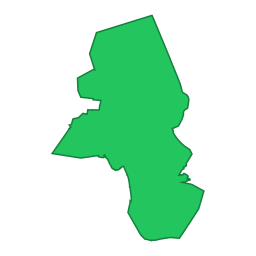 outline of Wierden, Overijssel, Netherlands
{"feature_id": "6326949B51321432196028", "entity_name": "Wierden", "entity_type": "district", "adm_level": 2, "iso_a3": "NLD", "parent_name": "Netherlands", "parent_adm1": "Overijssel", "projection": "albers", "projection_center": [6.562, 52.343], "detail": "fine", "context": "isolated", "style": "filled", "palette": "green", "viewbox_px": 256, "rotation_deg": 0, "n_neighbors": 0, "source": "geoboundaries", "source_scale": "gbopen_adm2", "svg_char_len": 5041}
<svg xmlns="http://www.w3.org/2000/svg" viewBox="0 0 256 256"><path d="M173.3,66.7L173.2,66.8L172.1,64.0L171.7,62.9L171.3,62.0L171.3,61.9L168.7,55.4L165.8,48.4L162.8,41.2L155.1,22.6L152.0,15.4L135.2,20.6L134.9,20.7L96.5,32.6L89.6,53.8L94.7,69.8L93.4,69.5L77.5,78.1L78.0,90.6L80.4,96.3L80.8,97.2L83.1,97.5L93.2,98.6L93.1,99.8L100.9,100.5L100.5,102.5L99.7,105.9L99.4,108.0L99.1,110.0L92.2,109.8L92.2,110.0L89.5,109.9L87.8,109.8L87.2,113.3L87.1,114.1L84.8,113.7L82.9,113.4L82.7,113.5L79.6,116.7L77.9,117.9L73.2,118.8L72.9,119.1L71.6,123.9L71.6,124.0L71.2,124.4L71.0,124.6L70.8,124.7L70.4,124.8L69.2,125.1L69.7,125.8L70.0,126.3L70.4,126.8L70.9,127.3L70.4,127.8L70.0,128.0L69.2,128.4L69.4,128.7L61.5,140.1L56.1,147.8L53.4,151.7L52.1,153.5L71.8,156.6L74.6,157.1L77.5,157.5L80.2,157.9L81.0,158.0L88.2,157.0L98.2,155.5L98.3,155.7L98.3,155.9L98.2,156.4L98.2,156.5L98.3,156.6L99.1,156.9L100.1,157.2L100.9,157.4L101.6,157.5L102.3,157.6L103.1,157.6L103.7,157.5L103.9,157.3L104.0,157.3L104.0,157.2L103.9,157.1L103.9,156.8L103.8,156.2L103.8,155.9L104.1,155.3L104.5,154.9L104.8,155.0L105.0,155.6L105.3,156.0L105.4,156.5L105.5,156.9L105.7,157.2L105.8,157.3L105.8,157.5L105.9,157.8L106.1,157.9L106.3,158.0L106.7,158.2L107.2,158.6L107.4,158.8L107.4,159.0L107.5,159.1L107.6,159.3L107.6,159.5L107.8,159.6L108.0,160.0L108.1,160.3L108.2,160.5L108.3,160.6L108.7,161.6L108.7,161.8L108.8,161.9L109.0,162.4L109.6,163.5L110.4,165.1L110.8,165.5L111.0,166.2L111.1,166.4L111.2,166.7L111.6,167.4L111.8,167.6L112.0,167.9L112.0,168.0L112.1,168.3L112.4,168.5L113.1,168.9L113.3,169.0L113.8,169.3L114.0,169.2L114.9,169.6L115.1,169.7L115.2,169.8L114.9,169.8L114.9,170.0L115.5,170.3L115.6,170.1L115.8,170.0L116.5,170.0L116.9,170.2L117.3,170.0L117.6,169.8L117.7,169.7L117.8,169.7L118.0,169.7L118.4,169.8L120.0,168.7L119.9,168.5L119.9,168.4L121.0,167.5L120.8,167.8L120.7,167.9L121.0,167.9L121.3,167.3L122.1,166.8L122.3,166.8L122.5,166.7L122.8,166.4L123.4,166.0L123.4,165.9L123.6,166.3L124.1,167.5L125.2,170.2L127.1,174.5L127.1,175.3L127.4,175.3L127.5,175.4L127.6,175.7L128.0,176.9L128.3,177.8L128.4,178.3L128.6,179.2L128.9,180.7L129.2,182.7L129.7,185.8L129.7,186.0L129.6,186.3L129.5,186.5L129.6,186.8L129.6,187.0L129.9,187.6L130.0,187.7L130.8,193.3L130.9,194.2L131.0,195.0L131.1,195.9L131.1,196.3L131.2,197.2L131.3,198.0L131.3,198.7L131.1,201.5L130.8,201.4L130.7,201.4L130.7,201.5L130.3,201.3L130.1,201.1L130.2,202.1L129.1,207.0L128.0,212.3L128.2,212.9L132.7,220.9L134.9,224.7L138.4,230.9L139.4,232.7L141.3,235.6L144.9,239.1L146.4,239.3L151.5,240.6L151.6,240.3L155.0,240.2L156.5,240.0L158.8,239.4L159.1,239.2L161.9,238.8L169.9,237.5L179.4,238.2L182.2,234.1L188.2,225.0L188.7,224.3L191.0,220.7L197.1,211.3L198.6,209.0L201.1,200.6L201.8,198.2L203.9,191.0L203.6,190.9L191.8,184.4L181.7,182.3L182.3,182.1L182.9,182.1L183.1,182.1L183.7,182.1L183.8,182.1L184.0,182.1L184.7,182.3L185.0,182.2L185.5,181.9L185.7,181.7L185.8,181.5L185.9,181.4L186.7,181.1L187.5,180.9L187.6,180.7L188.1,179.8L188.5,179.8L188.5,180.0L188.7,180.3L188.8,180.3L189.7,180.1L189.9,180.0L190.0,180.0L190.0,179.9L189.9,179.6L189.9,179.4L189.9,179.2L189.8,178.9L189.7,178.8L189.3,178.7L189.0,178.7L188.9,178.7L188.7,178.8L188.3,178.7L187.4,179.2L187.4,178.6L187.2,178.1L187.7,177.5L187.7,177.4L188.0,176.9L188.1,176.4L187.9,176.4L187.8,176.2L187.7,176.1L187.8,176.0L187.8,175.9L187.7,175.8L187.4,175.4L187.2,175.2L186.8,175.0L185.0,173.9L184.9,173.8L184.8,173.7L184.7,173.7L184.2,173.5L183.8,173.5L183.7,173.5L183.2,174.1L183.1,174.3L183.0,174.6L182.9,174.9L182.4,174.9L181.8,174.8L181.7,174.8L180.8,174.8L180.4,175.1L180.3,175.3L179.6,175.5L179.5,175.4L179.4,175.5L179.3,175.4L179.1,175.2L178.8,175.2L181.3,171.0L182.1,169.6L183.9,168.8L183.8,168.4L183.6,167.2L183.8,167.3L184.1,167.2L184.4,167.0L184.6,166.9L185.0,166.8L185.2,166.6L185.3,166.5L185.4,166.4L185.4,166.1L185.6,165.9L185.8,165.8L186.1,165.8L186.1,165.7L186.3,165.6L186.3,165.4L186.5,164.9L186.5,164.7L186.4,164.5L186.3,164.3L186.2,164.0L186.1,163.8L186.1,163.6L188.3,160.2L192.0,154.0L189.7,149.5L189.0,149.0L188.1,148.5L186.7,147.6L185.6,146.8L184.5,146.0L183.0,144.8L181.8,143.7L180.6,142.5L179.4,141.3L178.8,140.6L177.6,139.2L176.3,137.6L176.0,137.1L174.5,134.9L174.0,134.1L173.9,133.8L173.5,133.1L173.3,132.5L173.2,132.3L173.2,132.1L173.2,131.3L173.2,131.1L173.2,130.9L172.9,130.2L172.7,129.7L172.8,129.7L172.2,128.6L173.2,128.2L175.4,127.3L177.1,126.6L177.6,126.4L178.0,126.2L178.4,125.9L178.7,125.6L181.8,119.7L182.0,119.2L182.3,118.3L182.6,117.5L183.4,115.2L183.5,114.6L183.6,114.4L183.5,114.1L183.4,113.7L183.4,113.4L183.4,113.1L183.5,112.7L183.6,112.0L183.6,111.9L183.7,111.5L183.9,111.1L184.3,110.4L184.6,110.2L184.8,109.9L185.4,109.4L185.8,109.2L186.2,109.0L187.1,108.6L187.6,108.1L188.5,102.5L188.7,100.7L188.8,100.3L188.8,99.9L188.8,99.5L188.8,99.1L188.7,98.8L188.5,98.0L188.4,97.6L188.3,97.2L188.1,96.9L187.9,96.6L187.7,96.3L187.4,95.7L186.8,94.9L184.4,93.5L183.3,92.9L183.2,92.9L182.9,92.6L182.7,92.4L182.5,92.1L182.3,91.8L182.2,91.5L182.1,91.2L180.5,84.8L180.3,84.2L173.3,66.7Z" fill="#22c55e" stroke="#15803d" stroke-width="1.5"/></svg>